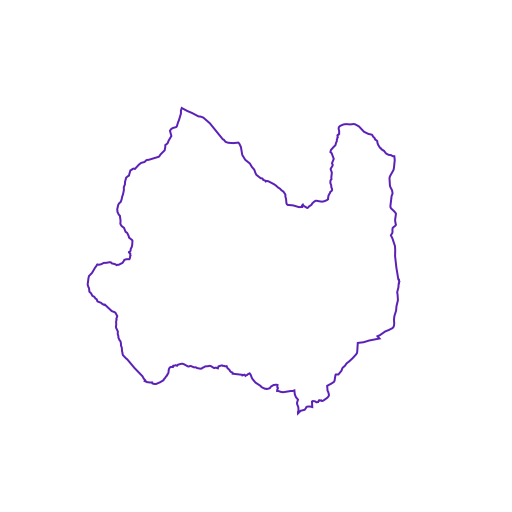 Damuc, Neamt, Romania (Equal Earth projection), rotated 219°
{"feature_id": "2599482B61990018095073", "entity_name": "Damuc", "entity_type": "district", "adm_level": 2, "iso_a3": "ROU", "parent_name": "Romania", "parent_adm1": "Neamt", "projection": "equal_earth", "projection_center": [25.893, 46.736], "detail": "fine", "context": "isolated", "style": "outline", "palette": "violet", "viewbox_px": 512, "rotation_deg": 219, "n_neighbors": 0, "source": "geoboundaries", "source_scale": "gbopen_adm2", "svg_char_len": 6148}
<svg xmlns="http://www.w3.org/2000/svg" viewBox="0 0 512 512"><g transform="rotate(219 256 256)"><path d="M355.2,325.8L375.4,330.1L384.1,330.4L386.9,329.4L388.5,328.3L395.7,326.9L400.9,325.4L406.8,324.3L405.9,321.8L404.0,319.5L401.3,312.9L400.7,310.8L399.1,306.9L399.2,305.9L401.2,303.1L401.8,301.4L401.7,299.2L397.3,296.0L396.5,290.7L395.7,288.2L395.8,287.0L396.3,285.2L394.8,283.1L393.5,280.6L394.1,275.1L393.9,272.3L394.1,271.8L400.0,263.1L401.2,262.0L401.5,261.4L401.8,258.9L403.9,256.0L404.5,253.3L404.9,247.4L405.9,247.1L406.8,245.9L406.8,244.9L407.5,243.5L405.8,239.5L405.3,238.6L405.8,237.3L406.2,235.2L404.5,231.3L402.9,229.1L402.1,226.4L400.1,224.0L398.2,220.3L397.3,217.8L396.1,215.5L395.2,213.0L395.5,210.6L395.3,209.2L393.3,205.0L392.0,203.8L391.6,203.2L388.7,201.8L387.1,201.6L383.4,198.1L381.7,195.7L380.3,195.0L379.1,194.7L376.3,194.8L372.5,192.7L371.0,192.9L370.5,192.8L367.2,191.2L366.3,190.4L362.2,190.4L361.6,190.1L359.2,186.7L358.3,185.0L357.9,183.0L356.8,181.0L356.7,179.9L357.2,179.1L356.9,178.8L355.1,178.7L354.4,177.6L353.8,177.4L353.6,176.5L352.8,175.4L352.4,173.8L354.6,172.0L355.9,170.2L355.7,169.8L355.4,166.7L357.2,162.7L358.1,162.0L358.5,161.2L360.3,161.0L363.5,159.5L364.9,159.7L365.7,159.2L368.3,156.2L369.9,154.9L371.2,152.1L372.6,150.3L373.9,149.7L374.1,149.4L373.8,148.0L373.7,145.5L372.8,139.7L373.2,135.5L372.4,133.6L368.9,127.9L366.9,126.5L365.5,125.9L363.0,123.4L360.7,123.2L358.1,122.1L355.9,122.5L354.0,121.9L352.5,122.1L350.8,121.0L350.4,121.0L347.0,122.1L345.5,122.0L344.5,122.1L344.1,122.4L343.1,122.4L342.9,123.1L333.4,122.4L330.5,123.4L329.5,123.4L326.0,122.0L324.9,119.1L324.3,118.8L323.5,117.1L321.2,114.4L320.6,113.2L319.6,112.2L315.9,110.4L314.3,108.3L312.5,107.1L311.6,106.0L309.1,104.7L308.0,104.6L306.3,103.4L304.6,101.5L302.5,100.2L300.4,97.9L298.8,96.7L298.2,96.0L296.9,95.2L292.2,94.6L291.2,94.7L280.0,92.5L268.6,91.1L265.9,90.0L263.8,89.7L263.8,88.8L261.3,89.4L258.6,91.1L257.1,92.4L256.4,91.8L255.1,92.2L253.2,93.5L251.1,97.5L249.7,101.2L250.0,101.7L249.9,104.1L250.1,105.9L249.9,107.3L250.4,108.1L250.3,109.0L250.5,110.0L252.5,113.2L252.8,115.0L252.4,116.2L250.7,117.4L251.3,118.5L251.2,118.8L250.3,119.5L249.7,120.6L248.3,121.0L248.3,122.3L246.4,125.0L245.5,125.9L244.1,126.5L239.3,127.4L238.6,127.9L238.0,129.1L237.3,129.5L234.0,130.5L233.3,131.2L232.2,131.8L231.3,131.8L228.3,133.4L227.4,134.3L227.2,135.6L226.7,136.3L226.0,138.2L223.8,140.3L223.0,141.4L221.9,142.0L218.1,142.5L216.9,144.0L214.9,144.7L215.7,146.6L213.9,149.3L213.3,149.7L212.5,149.8L211.6,150.6L210.5,150.8L209.5,151.9L207.6,150.9L205.1,150.8L203.5,150.2L202.7,150.1L200.8,150.6L200.1,149.8L192.1,154.9L191.5,154.6L190.4,156.4L189.6,156.5L188.8,156.2L188.6,157.0L188.1,157.8L187.9,159.0L187.1,160.8L185.3,160.3L182.6,158.7L181.3,158.2L176.8,157.3L170.8,157.9L169.1,157.6L165.4,158.5L164.7,159.2L164.2,159.2L163.1,160.4L162.4,161.5L162.1,161.9L162.2,163.9L161.2,166.7L159.3,168.7L158.1,169.3L157.0,167.5L155.8,167.2L155.4,165.5L154.6,164.4L154.0,165.0L150.8,166.2L149.1,167.3L144.0,173.0L142.6,174.1L141.6,175.7L139.0,173.1L137.4,172.1L136.0,171.4L133.0,170.8L131.7,167.6L130.4,166.5L128.2,165.3L127.5,164.6L125.8,162.8L125.2,161.1L124.3,160.1L123.9,163.8L121.4,167.1L121.5,169.3L121.8,170.3L121.6,170.8L120.8,171.8L119.0,173.2L117.2,174.0L120.9,178.1L120.7,178.9L119.2,179.9L118.3,180.3L117.0,180.3L115.8,181.7L116.1,182.7L116.2,183.6L116.0,183.8L115.4,183.8L114.7,184.7L114.4,184.5L113.6,184.8L113.1,185.2L112.6,186.3L111.3,191.0L111.4,193.0L111.8,193.9L114.0,195.6L115.7,196.4L119.0,199.9L117.0,204.6L116.2,207.3L116.5,208.6L118.9,212.7L119.4,213.8L119.4,214.2L117.4,215.8L117.4,220.7L118.2,222.9L118.3,223.8L117.8,226.6L118.0,229.6L117.3,232.5L116.6,237.2L116.3,242.1L116.4,244.0L117.3,245.6L122.2,252.5L118.1,256.7L114.9,261.5L108.1,269.6L111.1,270.1L109.9,272.4L108.1,278.7L106.4,281.7L104.5,285.9L104.5,287.4L104.9,288.6L106.1,290.5L108.8,293.5L110.1,295.5L110.9,297.0L112.7,301.6L115.3,305.5L117.9,311.0L121.5,314.9L123.5,316.7L125.5,321.1L127.5,324.0L127.5,324.4L127.9,324.8L127.8,325.0L128.3,325.8L128.5,325.9L128.6,326.5L129.8,327.1L130.0,327.6L130.3,327.7L130.6,327.4L130.8,327.5L139.7,335.4L147.9,343.5L151.7,348.4L154.3,351.2L161.0,355.5L164.2,357.0L164.6,359.8L165.2,360.8L166.3,362.0L167.4,363.7L167.4,364.4L166.8,367.1L166.9,368.3L168.8,369.8L170.5,371.4L173.8,376.9L174.7,377.3L176.9,377.7L181.0,378.0L182.1,378.5L183.0,379.4L188.4,388.0L189.1,390.3L190.0,391.3L191.7,392.7L195.3,394.3L196.3,395.1L201.0,400.2L201.6,401.1L202.1,402.5L203.3,409.5L204.4,411.5L208.5,417.8L211.3,420.6L212.6,419.6L214.4,419.4L216.5,418.1L219.4,417.5L222.8,418.3L223.8,418.0L224.4,418.2L225.4,417.8L226.6,418.3L227.3,418.1L228.6,418.4L231.1,419.3L232.9,420.4L234.1,421.6L234.9,421.7L236.8,421.5L237.7,422.2L240.3,422.5L241.8,423.2L242.5,423.1L245.5,421.6L250.2,420.5L257.6,421.5L261.9,420.7L263.2,420.0L265.5,417.6L268.7,415.4L270.0,414.2L271.1,412.8L272.4,410.2L272.7,408.8L272.6,408.1L271.9,406.9L270.0,405.4L268.2,403.2L268.4,402.8L268.2,402.1L268.7,401.6L268.5,400.8L267.1,399.7L267.1,398.9L266.5,397.9L266.4,397.3L265.4,396.0L265.1,394.5L264.0,392.0L264.3,389.6L264.5,385.6L263.6,383.6L261.9,383.5L256.7,380.4L255.3,375.9L253.7,375.1L253.3,374.1L252.9,371.0L252.7,370.5L249.5,368.5L246.9,364.4L245.7,363.2L245.8,362.5L245.4,361.1L244.0,359.4L242.1,358.3L240.7,356.8L239.0,355.9L238.4,355.1L238.2,354.0L238.6,352.6L238.2,351.6L237.8,348.9L236.5,346.4L235.7,345.5L236.1,344.0L237.2,341.8L238.4,340.3L239.4,339.4L243.9,336.9L244.5,336.3L245.0,334.8L245.4,332.3L245.1,330.7L246.0,327.8L246.0,326.5L246.3,325.7L247.4,325.3L248.4,325.4L249.6,325.0L251.3,325.1L251.9,325.4L252.0,324.1L251.0,323.1L253.4,321.0L259.0,318.7L263.6,315.6L264.7,315.7L265.6,316.2L268.7,319.4L270.5,320.6L271.9,322.3L275.3,323.3L277.5,323.1L279.7,323.4L282.1,323.1L284.8,323.3L287.2,323.1L293.3,321.9L295.0,321.0L295.3,320.1L296.1,320.4L298.2,319.7L299.5,320.2L300.0,320.2L301.2,319.4L306.7,319.3L308.4,320.0L311.7,322.0L315.2,322.6L318.9,324.0L324.9,324.0L329.5,325.6L330.4,326.0L336.3,331.2L339.7,332.8L341.1,333.0L344.6,329.5L348.7,326.6L350.9,325.7L351.9,325.6L354.2,326.1L355.2,325.8Z" fill="none" stroke="#5b21b6" stroke-width="2"/></g></svg>